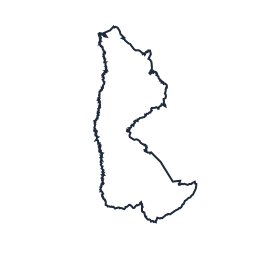 Valledupar, Cesar, Colombia, rotated 148°
{"feature_id": "7082276B67264617376503", "entity_name": "Valledupar", "entity_type": "district", "adm_level": 2, "iso_a3": "COL", "parent_name": "Colombia", "parent_adm1": "Cesar", "projection": "natural_earth1", "projection_center": [-73.4, 10.343], "detail": "fine", "context": "isolated", "style": "outline", "palette": "slate", "viewbox_px": 256, "rotation_deg": 148, "n_neighbors": 0, "source": "geoboundaries", "source_scale": "gbopen_adm2", "svg_char_len": 5934}
<svg xmlns="http://www.w3.org/2000/svg" viewBox="0 0 256 256"><g transform="rotate(148 128 128)"><path d="M108.2,37.1L102.6,40.7L100.3,43.4L99.7,44.4L100.5,45.2L99.8,47.0L102.9,47.3L103.8,46.9L105.7,48.0L107.5,48.1L109.9,50.9L110.8,51.0L111.7,52.1L113.9,52.2L114.9,53.0L114.5,53.8L113.5,53.9L111.7,55.6L118.4,58.8L118.3,82.0L121.3,95.0L122.5,94.8L122.3,95.4L124.2,96.7L126.0,99.6L125.6,100.6L124.8,100.1L123.9,100.7L123.8,100.0L123.0,101.4L122.4,101.4L122.0,102.6L122.7,102.8L122.2,104.4L123.2,104.7L123.0,105.3L124.1,106.5L125.2,109.1L125.0,110.6L126.0,113.0L126.8,113.9L129.0,114.7L131.2,119.2L130.8,120.8L128.5,122.6L129.1,124.8L130.0,125.0L130.5,126.0L129.5,127.0L128.8,125.5L128.1,125.5L127.0,126.3L127.2,127.4L125.8,126.8L124.7,127.1L124.0,128.3L123.3,128.1L122.7,128.5L122.1,127.1L120.6,128.6L119.2,128.8L119.2,130.2L117.6,130.3L116.2,128.8L115.4,130.2L114.6,129.8L112.6,130.1L108.3,128.6L106.8,129.2L106.5,129.9L106.1,129.2L104.7,130.2L103.3,129.4L102.0,129.8L100.7,129.3L100.2,129.9L98.5,130.2L98.7,131.0L98.2,132.0L97.2,132.4L94.8,130.9L93.0,130.7L92.3,129.7L92.4,128.5L91.8,128.1L91.0,129.2L89.6,129.5L88.4,129.3L86.8,130.4L84.8,126.5L84.3,127.7L84.4,130.4L83.7,130.9L82.5,133.7L80.5,133.5L79.3,134.4L78.3,136.3L78.5,137.6L76.3,139.5L75.4,141.1L73.9,141.5L74.0,142.2L73.1,142.4L72.4,144.2L73.2,146.4L74.3,146.4L74.2,147.1L74.7,147.8L74.0,148.4L74.2,148.9L75.4,149.0L74.8,150.3L75.7,151.1L75.0,151.6L75.6,153.7L74.9,155.7L75.8,157.9L74.8,158.1L74.5,160.2L75.0,161.0L75.5,160.7L76.3,162.8L76.5,162.2L77.4,162.7L77.7,161.7L78.3,162.4L79.9,162.1L79.6,162.7L81.5,163.0L79.5,163.6L78.4,164.6L76.7,165.1L75.4,167.1L73.1,171.6L73.2,174.5L74.0,175.8L69.5,178.5L68.3,182.0L69.7,183.0L71.1,182.0L71.6,182.9L72.2,183.0L75.0,181.2L75.0,182.9L76.3,182.8L76.2,184.4L77.2,187.4L78.2,188.6L80.1,189.6L81.2,191.6L81.7,198.1L82.8,199.7L84.1,204.0L83.9,204.9L85.3,207.1L83.4,206.7L84.6,211.6L83.7,214.3L83.6,218.2L84.3,219.6L85.0,220.4L86.3,220.5L86.4,221.7L91.3,220.3L97.9,221.3L97.8,216.7L99.7,218.5L99.6,219.7L100.0,220.4L99.5,221.0L99.9,222.0L99.5,222.5L100.2,222.0L100.8,222.6L100.8,221.8L101.2,222.0L101.4,221.6L101.8,221.9L101.4,222.6L102.3,223.2L102.6,222.9L102.5,223.4L102.9,223.5L103.7,221.5L103.0,221.1L103.1,218.9L103.9,219.0L103.7,218.6L104.3,218.5L104.4,217.6L105.3,217.5L105.5,217.0L105.2,217.1L105.0,216.3L105.5,216.5L105.8,215.7L107.1,215.9L107.6,214.8L107.2,214.5L107.3,213.9L107.8,213.8L107.3,213.5L107.8,211.8L107.5,211.1L107.4,211.5L107.0,211.3L107.1,210.6L106.7,210.0L107.7,208.1L107.5,207.4L107.9,206.3L107.3,205.2L107.6,205.0L107.4,204.1L108.0,203.4L108.8,204.0L108.9,203.6L109.6,203.7L110.1,203.1L110.2,201.8L111.0,201.6L110.8,200.5L111.3,199.7L111.0,199.6L111.3,199.0L110.9,198.4L112.6,197.0L112.3,196.1L112.8,196.0L112.4,195.7L112.7,195.7L112.7,194.8L113.3,194.2L114.0,191.9L114.4,192.0L114.2,191.2L115.0,190.6L114.7,190.3L115.6,189.3L115.3,188.5L115.7,188.4L115.6,187.8L116.4,188.2L116.0,187.6L116.7,186.7L117.6,187.1L117.8,187.9L118.7,187.7L119.4,186.4L120.1,187.1L121.6,186.5L121.3,186.1L122.0,185.3L121.4,185.2L121.6,184.5L122.1,184.5L122.0,183.1L123.8,182.4L123.5,181.7L124.0,180.8L124.1,179.8L123.7,179.5L124.1,178.8L125.1,177.9L126.7,177.4L127.9,175.5L128.2,175.8L128.8,175.4L129.0,175.8L129.7,174.3L130.4,174.0L130.5,174.6L131.3,174.6L132.6,173.7L133.1,173.8L134.5,171.2L135.2,171.2L135.8,169.3L136.4,168.8L136.9,168.9L136.6,168.1L137.4,167.6L137.9,167.8L137.8,166.8L138.4,167.0L138.1,166.4L138.7,165.8L137.9,165.8L138.0,164.8L139.1,163.7L139.4,162.5L139.9,162.5L140.4,161.1L141.0,161.5L141.1,160.3L141.8,160.4L142.0,159.3L142.0,160.1L143.1,160.0L143.1,158.7L143.6,158.6L144.4,157.3L145.0,157.7L145.2,157.3L145.1,156.8L144.4,157.0L144.4,156.5L145.2,156.3L145.8,155.1L146.3,155.8L146.8,154.4L147.7,154.4L148.1,153.0L149.0,152.9L149.0,152.1L150.7,152.2L150.9,151.5L152.0,151.6L152.3,150.8L153.0,151.4L153.4,149.9L154.0,149.4L153.7,148.5L156.3,146.2L156.3,144.6L157.1,144.8L158.2,143.5L158.1,142.9L157.5,143.0L157.5,142.1L156.4,142.3L156.1,141.8L157.4,141.0L157.9,139.9L159.0,140.1L159.6,138.8L158.7,137.9L159.0,137.0L158.3,136.2L159.5,136.2L160.4,135.1L161.6,134.6L160.6,134.3L160.1,133.2L161.6,130.5L160.2,130.1L160.8,129.0L160.4,128.0L160.7,127.6L161.1,128.1L162.5,128.1L162.7,127.4L161.9,127.8L161.3,126.8L163.0,125.3L163.0,124.0L164.1,124.4L164.9,123.3L164.5,122.1L163.9,122.7L163.4,122.5L163.9,121.1L163.0,120.1L163.8,120.0L164.4,118.9L165.5,119.3L165.4,117.6L166.0,118.0L166.8,117.6L166.0,116.8L167.2,116.0L167.3,114.3L167.8,115.0L169.3,113.6L169.0,112.1L170.5,111.4L170.5,109.7L170.0,108.9L171.9,107.6L171.2,105.5L171.7,105.5L172.0,104.3L173.0,104.3L172.2,102.9L174.0,102.3L173.4,101.7L173.3,100.9L174.5,101.6L174.3,100.9L175.1,100.9L175.2,99.9L177.0,99.5L177.1,98.6L176.5,98.6L176.2,98.0L177.2,97.8L177.2,96.9L177.8,96.9L178.1,93.9L178.9,93.6L179.7,94.8L180.3,94.5L180.3,93.7L181.2,93.4L181.5,92.3L182.3,92.0L182.8,92.3L183.5,90.6L184.2,90.4L184.1,89.3L184.7,88.9L184.2,88.7L183.8,87.5L184.0,85.4L185.0,85.4L184.9,85.0L185.7,84.5L185.7,83.3L186.1,83.5L186.3,82.0L186.0,81.1L186.3,80.6L185.6,79.7L186.0,78.9L185.7,78.4L186.1,76.9L187.7,74.6L186.8,73.3L186.7,72.1L186.0,72.0L184.6,70.4L183.5,70.1L183.3,69.4L182.1,68.9L181.6,66.5L178.3,65.7L177.5,65.0L177.5,64.3L176.2,63.8L174.2,61.2L172.3,61.7L171.9,62.3L170.5,61.7L167.6,62.2L167.1,61.9L166.4,60.1L166.0,57.4L165.0,56.9L162.8,57.8L161.3,58.0L160.8,57.2L158.3,57.1L157.2,58.1L156.2,58.2L156.8,56.7L156.4,56.0L157.4,54.9L157.2,54.4L157.8,53.8L157.6,53.3L158.2,53.3L160.1,50.2L160.2,49.2L159.4,48.7L159.5,48.1L159.0,47.6L160.3,44.0L159.5,43.3L160.2,42.5L159.6,39.7L158.2,39.1L157.8,37.7L158.1,36.5L156.2,36.1L155.9,34.5L155.0,34.4L154.3,33.4L153.5,34.7L152.8,34.7L150.7,36.4L148.8,34.3L147.7,34.2L146.8,33.4L141.3,34.2L140.4,33.6L139.5,33.9L138.1,32.5L131.2,32.9L128.0,32.5L126.9,33.0L126.3,32.5L124.7,32.6L122.3,34.3L121.3,34.0L118.3,36.1L116.3,36.0L114.5,36.6L111.8,36.2L109.9,37.1L108.2,37.1Z" fill="none" stroke="#1e293b" stroke-width="2"/></g></svg>